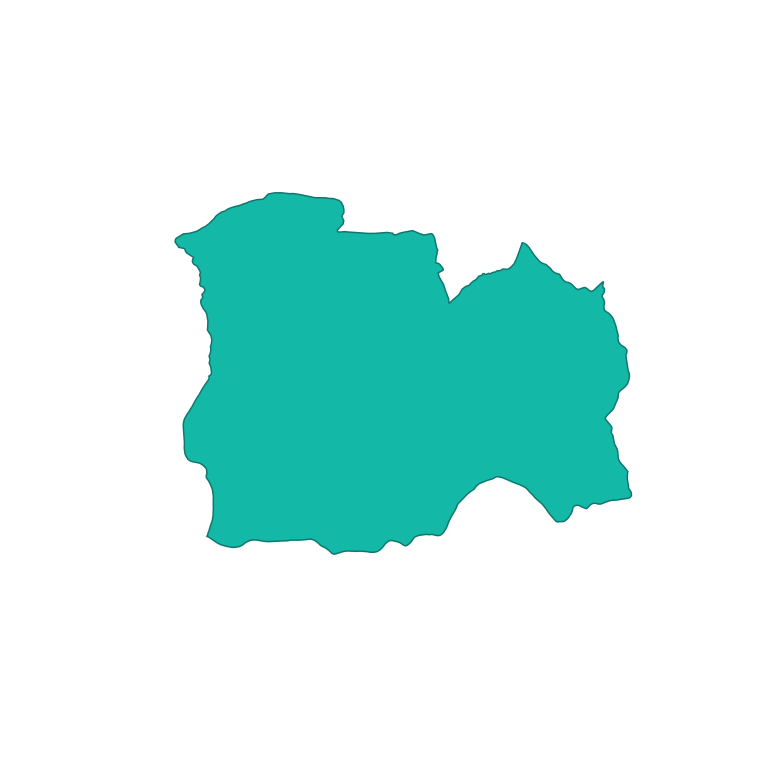 the district of Guapotá, Santander, Colombia, rotated 230°
{"feature_id": "7082276B45314174051982", "entity_name": "Guapotá", "entity_type": "district", "adm_level": 2, "iso_a3": "COL", "parent_name": "Colombia", "parent_adm1": "Santander", "projection": "orthographic", "projection_center": [-73.332, 6.32], "detail": "fine", "context": "isolated", "style": "filled", "palette": "teal", "viewbox_px": 768, "rotation_deg": 230, "n_neighbors": 0, "source": "geoboundaries", "source_scale": "gbopen_adm2", "svg_char_len": 6159}
<svg xmlns="http://www.w3.org/2000/svg" viewBox="0 0 768 768"><g transform="rotate(230 384 384)"><path d="M168.1,427.5L166.7,428.3L165.8,429.8L163.5,432.7L162.8,434.5L162.8,437.2L163.0,439.3L163.7,441.3L164.3,443.8L165.6,446.5L167.9,449.3L168.1,449.9L168.1,452.0L167.3,453.5L166.3,454.8L165.2,455.5L161.7,457.0L159.4,458.3L158.4,459.1L158.3,459.7L158.8,464.7L158.6,466.1L157.7,468.3L157.0,469.1L155.0,470.5L154.0,471.3L152.7,472.9L150.0,480.8L148.3,484.0L146.4,486.5L145.1,488.4L139.6,497.5L139.0,498.9L138.9,500.3L139.5,501.8L140.4,502.7L141.9,503.6L143.2,504.0L146.3,504.2L147.5,504.7L149.0,506.0L154.9,509.3L158.8,512.8L160.2,514.5L166.3,514.7L172.4,514.5L175.4,515.2L176.8,515.9L180.7,518.7L182.9,520.1L184.5,520.8L190.3,522.2L197.4,526.2L200.1,526.6L201.2,527.4L203.9,530.5L205.8,530.9L207.7,531.0L214.7,531.0L215.5,531.4L216.0,532.5L216.6,535.3L217.2,542.2L217.7,544.1L222.9,554.3L225.7,557.0L226.5,558.2L227.0,560.4L226.9,566.5L227.6,570.5L230.0,574.5L232.3,577.2L234.5,578.6L237.5,579.8L244.2,583.8L250.0,587.4L251.0,588.3L251.6,589.7L253.0,591.2L254.3,592.0L257.1,592.0L261.5,590.6L265.1,590.6L268.5,592.5L270.6,594.5L279.4,598.9L285.5,601.2L288.1,601.8L292.1,601.9L294.2,601.5L297.0,600.6L298.2,600.3L300.8,601.3L302.8,603.0L303.6,604.3L305.1,605.6L307.6,606.7L310.8,607.3L311.6,608.1L312.7,611.5L314.6,613.7L315.6,614.1L317.7,614.2L319.1,615.0L320.6,617.1L321.2,617.6L321.6,617.1L321.2,607.9L320.9,605.6L321.3,603.3L321.7,602.3L324.1,601.2L326.8,600.8L328.9,599.9L330.2,597.1L331.0,594.5L332.2,593.0L334.0,592.3L338.4,592.0L340.8,591.7L343.5,590.3L345.5,588.6L350.0,588.1L354.1,588.9L355.5,588.8L359.2,586.4L362.7,585.6L365.6,585.8L371.1,585.0L374.9,582.8L377.9,581.9L386.3,581.9L395.6,582.9L399.0,582.8L401.8,581.8L403.1,581.0L403.3,580.4L402.9,579.7L402.1,578.6L398.8,573.1L394.5,565.5L392.5,561.0L392.0,556.9L392.0,553.5L392.9,551.8L395.7,549.0L396.2,545.8L398.1,543.1L398.1,541.6L399.4,539.3L400.4,535.8L401.5,535.3L402.3,532.6L402.9,531.8L404.0,531.7L404.8,531.0L404.9,530.4L404.4,528.7L405.6,526.0L404.8,521.1L405.3,519.3L405.4,515.8L405.3,514.4L404.7,513.3L406.2,509.2L406.4,504.7L404.3,499.1L404.1,489.2L403.8,486.5L404.2,485.9L407.9,488.3L416.2,491.2L422.1,493.6L428.5,494.7L431.3,495.3L434.3,497.1L433.4,501.1L433.3,502.8L435.2,503.6L440.0,503.6L441.6,503.1L443.2,501.6L444.0,501.9L447.2,504.9L450.1,508.8L451.3,509.5L451.6,510.9L456.0,512.6L462.7,516.3L465.4,517.2L467.6,517.4L469.0,516.7L472.3,510.4L476.8,507.7L483.1,504.5L487.6,496.6L489.4,493.0L490.5,489.1L491.9,487.6L493.3,487.4L493.8,487.6L498.1,483.8L505.1,474.0L509.3,468.9L523.6,454.1L525.9,451.9L529.4,447.0L530.9,446.5L531.8,447.0L532.4,450.8L532.9,455.5L535.1,458.3L538.9,459.1L540.0,460.5L541.0,463.3L542.9,465.0L546.0,466.9L548.9,467.7L550.9,468.1L553.8,467.4L558.4,464.5L561.7,461.0L564.4,458.7L566.1,456.6L571.2,450.8L584.1,440.6L588.6,436.5L590.4,434.1L596.2,428.5L600.6,423.3L603.8,417.8L603.9,416.8L603.4,413.1L603.3,410.1L606.9,405.1L609.2,400.4L610.2,398.0L611.1,394.8L612.4,391.9L612.9,390.1L614.2,386.8L615.7,384.0L617.6,379.4L618.4,376.7L618.7,373.5L620.2,369.9L620.6,366.0L620.6,363.4L620.5,362.3L619.8,360.6L619.7,357.2L619.3,353.3L619.5,348.2L620.4,345.1L621.1,339.8L621.9,337.4L624.0,332.8L625.3,330.5L627.8,327.1L628.2,325.5L628.3,323.9L629.1,319.2L629.0,317.5L627.2,315.4L626.3,315.1L624.9,315.1L623.6,314.9L622.9,315.1L622.2,315.0L621.4,314.6L620.6,314.7L617.5,317.0L616.7,317.8L615.9,318.2L615.1,318.1L613.2,317.2L611.1,317.1L603.5,319.5L602.9,319.0L602.7,317.9L601.3,316.2L600.2,315.7L598.6,315.3L597.4,315.4L595.7,316.2L594.0,316.5L589.1,315.6L586.9,314.7L586.5,313.4L585.8,312.7L583.9,312.0L582.5,311.1L579.8,308.1L579.2,307.0L578.3,306.5L576.9,306.5L574.8,307.6L573.4,307.9L572.0,307.6L570.6,306.7L570.0,305.0L569.7,302.3L569.1,301.8L566.7,300.7L566.4,300.0L566.1,298.0L565.2,296.8L563.8,295.8L561.8,294.9L557.7,294.0L556.0,294.0L553.1,293.7L551.1,292.9L545.4,289.6L541.7,286.2L538.9,283.5L536.2,283.0L534.2,282.9L531.9,282.3L529.8,281.2L527.8,279.9L525.1,276.7L524.6,275.6L523.6,274.7L522.2,273.9L520.7,272.5L519.4,270.9L518.6,269.7L518.1,268.3L517.1,267.6L514.4,266.3L512.9,264.1L512.1,263.4L510.9,263.0L509.7,262.7L507.3,261.6L503.5,259.0L502.6,258.0L502.4,256.6L502.6,254.8L502.1,254.8L501.2,254.3L499.9,251.8L498.5,246.4L496.7,240.7L494.7,235.6L493.9,232.6L492.4,228.3L490.0,222.4L489.4,220.0L488.5,217.9L487.3,213.5L486.4,211.1L485.8,209.3L484.9,207.7L482.7,204.9L480.2,202.7L467.3,193.4L463.2,189.7L460.5,188.0L458.4,186.7L455.9,185.9L452.2,185.4L449.7,186.1L448.1,186.9L442.3,191.6L440.1,192.6L437.7,193.2L434.4,193.5L433.3,193.3L432.0,192.8L430.4,191.7L427.4,188.3L425.9,187.6L423.0,187.4L419.4,186.7L413.6,184.8L407.8,181.2L401.0,175.4L398.9,173.8L392.8,168.2L389.5,164.3L386.6,159.3L384.2,155.8L382.8,153.1L382.1,152.6L381.7,151.6L381.1,150.4L379.1,151.4L369.2,154.2L365.8,155.7L360.7,159.1L358.2,161.2L355.8,163.4L354.2,165.5L352.2,169.2L351.6,172.8L351.6,174.9L350.9,178.7L350.2,180.8L348.8,183.3L346.8,185.7L339.4,192.1L337.0,194.8L329.8,204.4L326.6,208.4L323.8,212.9L319.1,218.4L314.4,225.0L312.9,227.5L310.7,229.3L308.9,230.3L304.8,231.3L301.8,231.6L299.6,232.2L298.3,232.7L297.2,233.4L295.7,233.9L291.6,234.9L288.4,235.2L287.3,235.4L285.8,236.3L284.6,238.3L284.0,240.2L282.8,242.6L282.8,243.1L282.0,244.8L280.6,247.2L279.4,248.9L273.8,255.0L271.5,258.1L266.3,263.4L263.8,265.5L262.2,267.4L261.0,269.1L260.1,270.8L259.6,273.3L259.5,275.0L259.9,278.5L260.8,282.6L260.8,285.4L260.5,287.2L259.5,288.9L257.8,290.4L254.2,293.1L251.7,294.4L248.9,295.1L247.3,295.7L246.3,296.4L245.6,297.6L245.4,300.6L245.6,303.0L247.0,308.7L246.8,310.2L246.1,312.1L245.2,314.1L241.8,319.5L239.5,321.8L238.0,324.0L233.8,327.2L232.8,328.3L231.9,330.3L231.9,333.8L232.5,336.0L233.3,338.1L234.3,340.6L236.6,344.6L237.6,346.7L240.0,352.5L241.1,356.0L242.4,359.3L244.1,362.3L244.7,363.8L245.6,372.6L245.9,374.8L246.1,378.9L246.0,381.5L245.6,384.2L245.6,385.9L246.4,389.1L246.5,392.6L243.9,400.9L241.4,406.7L241.2,407.8L241.2,409.0L240.2,411.3L235.7,414.8L226.0,419.6L219.7,423.2L214.3,425.6L211.5,426.1L207.7,426.2L203.1,426.6L199.4,426.6L190.4,428.0L184.3,427.9L180.2,427.4L176.5,427.3L168.1,427.5Z" fill="#14b8a6" stroke="#0f766e" stroke-width="1.5"/></g></svg>